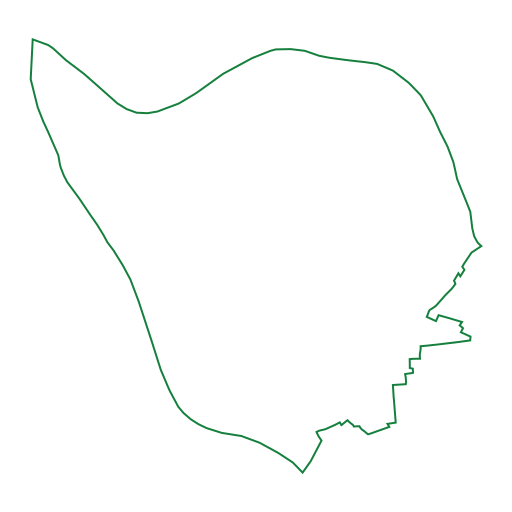 Long Bien, Ha Noi, Vietnam
{"feature_id": "81297802B92281690814663", "entity_name": "Long Bien", "entity_type": "district", "adm_level": 2, "iso_a3": "VNM", "parent_name": "Vietnam", "parent_adm1": "Ha Noi", "projection": "orthographic", "projection_center": [105.905, 21.038], "detail": "fine", "context": "isolated", "style": "outline", "palette": "green", "viewbox_px": 512, "rotation_deg": 0, "n_neighbors": 0, "source": "geoboundaries", "source_scale": "gbopen_adm2", "svg_char_len": 2274}
<svg xmlns="http://www.w3.org/2000/svg" viewBox="0 0 512 512"><path d="M101.8,232.3L103.8,235.6L107.4,242.3L113.6,250.5L123.0,265.7L128.5,276.0L130.4,279.5L138.7,301.5L151.5,340.6L160.8,369.9L168.4,387.8L169.9,391.1L178.3,406.8L183.4,412.9L190.8,419.3L198.5,424.2L206.6,428.1L221.8,432.9L241.3,436.0L259.5,442.7L278.5,453.1L292.8,462.5L302.6,472.6L310.7,461.2L321.5,440.6L320.6,439.3L318.4,436.0L316.5,432.0L319.1,430.7L325.4,429.2L335.4,424.7L339.8,422.4L341.4,425.1L341.6,425.0L345.7,421.6L346.5,421.0L347.5,420.2L348.9,421.7L350.9,423.4L351.5,423.8L351.7,424.0L352.3,424.4L352.5,424.6L353.2,425.2L353.8,426.5L359.4,426.2L360.4,427.9L362.2,429.8L364.2,431.1L366.3,432.9L367.8,434.2L369.0,434.1L389.3,426.9L387.5,423.9L395.7,422.6L393.8,398.2L393.7,398.0L392.9,385.0L405.8,384.2L406.1,381.7L405.7,377.3L405.1,374.1L406.1,373.9L412.3,373.0L413.0,372.8L412.8,368.7L409.8,368.0L409.8,364.0L409.7,359.1L413.5,358.8L420.0,358.7L420.0,358.1L419.9,357.3L419.8,356.5L419.9,355.7L419.8,355.2L419.8,354.8L419.8,354.2L420.0,353.5L420.1,352.7L420.2,351.9L420.4,350.9L420.5,350.0L420.6,349.0L420.7,347.8L420.6,346.6L420.6,346.2L426.7,345.7L441.8,344.0L459.3,341.9L470.2,340.4L470.5,336.6L460.9,332.3L463.0,328.2L459.7,325.3L462.0,322.0L449.3,318.2L438.6,315.2L436.0,321.1L426.8,316.9L427.8,314.4L428.8,311.6L429.3,310.5L430.1,309.7L431.9,308.6L433.6,307.5L435.2,306.4L436.4,305.3L442.1,298.9L445.3,295.2L446.6,293.9L451.6,288.9L455.4,284.0L454.8,282.3L454.0,280.7L458.4,273.3L460.3,276.3L464.4,269.9L462.3,266.6L464.5,263.0L471.5,252.6L481.3,246.1L477.9,242.9L476.6,240.8L474.2,236.3L472.3,228.4L470.3,211.8L467.5,204.7L457.1,179.0L454.9,168.8L453.3,161.9L447.5,146.5L440.1,131.9L433.2,116.4L420.8,95.3L414.2,88.4L408.6,82.7L392.9,70.6L377.1,63.9L364.8,62.1L358.4,61.4L357.3,61.3L349.5,60.4L342.4,59.5L340.2,59.2L329.6,57.8L319.2,55.8L310.3,52.7L304.7,50.8L290.6,49.1L275.7,49.4L270.5,50.8L252.2,58.1L223.3,73.7L221.6,74.9L197.6,92.1L194.9,93.9L178.8,103.5L157.5,111.5L147.6,113.2L136.6,112.7L126.7,109.1L117.4,103.4L94.4,83.0L83.8,73.7L66.1,60.3L53.0,48.3L48.3,45.1L32.7,39.4L30.7,79.2L37.7,107.3L43.4,121.8L48.1,131.9L58.3,155.3L59.9,164.4L60.7,167.5L63.9,175.7L65.4,178.5L67.2,182.1L79.2,198.4L90.7,215.5L97.2,224.8L101.8,232.3Z" fill="none" stroke="#15803d" stroke-width="2"/></svg>